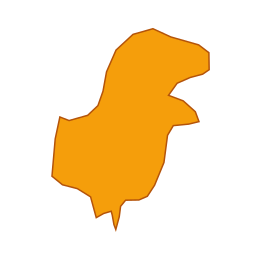 the state/province of Príncipe, rotated 10°
{"feature_id": "STP-4862", "entity_name": "Príncipe", "entity_type": "state/province", "adm_level": 1, "iso_a3": "STP", "parent_name": "São Tomé and Principe", "parent_adm1": "", "projection": "natural_earth1", "projection_center": [7.405, 1.615], "detail": "fine", "context": "isolated", "style": "filled", "palette": "amber", "viewbox_px": 256, "rotation_deg": 10, "n_neighbors": 0, "source": "natural_earth", "source_scale": "10m", "svg_char_len": 649}
<svg xmlns="http://www.w3.org/2000/svg" viewBox="0 0 256 256"><g transform="rotate(10 128 128)"><path d="M197.8,56.5L192.2,62.0L180.4,67.5L168.6,75.4L162.2,88.8L177.7,91.7L191.5,100.3L196.8,109.4L187.2,113.6L172.2,117.8L168.2,128.3L169.4,155.7L164.1,179.8L158.9,191.9L151.2,197.0L138.2,199.5L134.3,206.4L134.8,216.9L133.6,230.1L130.9,225.5L127.6,216.5L125.9,212.9L118.9,216.4L112.3,221.8L103.1,202.3L88.6,196.5L73.3,195.3L61.5,188.7L58.2,151.3L59.0,129.0L68.7,130.9L86.1,122.5L94.5,111.2L97.0,96.1L97.1,76.4L102.7,53.3L116.7,34.9L135.3,25.9L154.4,30.9L183.2,33.9L194.6,39.8L197.8,56.5Z" fill="#f59e0b" stroke="#b45309" stroke-width="1.5"/></g></svg>